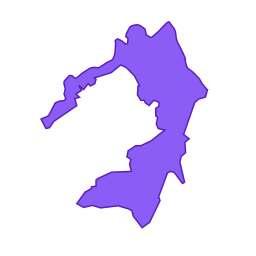 Debar, Debar, North Macedonia (orthographic projection), rotated 81°
{"feature_id": "65306769B94389460478239", "entity_name": "Debar", "entity_type": "district", "adm_level": 2, "iso_a3": "MKD", "parent_name": "North Macedonia", "parent_adm1": "Debar", "projection": "orthographic", "projection_center": [20.543, 41.495], "detail": "fine", "context": "isolated", "style": "filled", "palette": "violet", "viewbox_px": 256, "rotation_deg": 81, "n_neighbors": 0, "source": "geoboundaries", "source_scale": "gbopen_adm2", "svg_char_len": 2191}
<svg xmlns="http://www.w3.org/2000/svg" viewBox="0 0 256 256"><g transform="rotate(81 128 128)"><path d="M228.7,129.6L224.5,121.4L204.6,107.7L200.7,108.5L178.4,96.0L177.5,92.4L179.4,89.1L191.3,82.9L190.4,80.6L169.7,82.1L164.3,79.8L161.3,75.0L151.1,74.1L148.2,69.3L143.1,74.1L113.4,58.2L110.4,53.6L109.6,46.7L102.6,43.5L102.5,44.0L96.7,47.3L95.9,47.8L90.6,49.8L87.4,52.0L84.7,53.9L81.7,56.2L80.5,57.7L77.6,60.1L72.3,60.9L67.9,60.6L62.8,61.9L56.3,63.9L50.5,65.9L46.9,66.3L41.5,66.1L40.3,66.1L39.4,66.3L37.5,66.7L34.2,68.4L29.5,70.9L29.7,72.0L30.0,72.7L30.9,74.2L34.9,79.6L37.0,82.2L39.2,85.6L42.0,90.1L42.1,91.2L41.9,91.8L38.9,95.4L37.8,95.3L32.6,95.9L28.6,100.2L27.9,101.5L27.6,102.5L27.3,103.9L27.4,105.5L27.5,107.1L27.7,108.4L28.5,110.1L29.8,111.3L34.4,114.7L37.1,115.9L38.2,115.3L38.7,114.6L40.0,114.1L40.7,114.2L44.1,115.3L44.7,115.6L45.1,116.6L44.8,117.1L42.5,119.1L40.3,121.4L38.6,123.9L38.4,124.8L39.4,126.6L40.4,127.2L41.8,126.9L48.0,128.2L52.7,129.4L54.1,130.1L56.4,131.4L57.4,132.0L57.8,132.6L58.1,133.0L58.6,133.9L58.9,135.0L60.1,138.7L62.5,144.0L63.8,147.3L63.7,148.5L63.5,149.4L63.3,150.0L63.1,150.6L62.9,151.6L62.8,154.7L63.2,156.6L65.7,162.5L67.1,165.4L69.4,169.1L70.2,170.6L70.6,172.2L69.9,173.3L68.0,174.7L67.4,175.6L67.0,177.7L70.1,181.7L71.9,183.8L73.8,184.2L74.6,184.3L79.5,183.8L81.9,184.8L84.4,185.8L88.9,184.9L89.8,185.3L90.9,187.1L91.0,187.8L90.7,191.1L91.8,195.9L103.4,204.5L103.7,205.3L104.5,207.8L104.7,208.8L105.6,212.5L115.6,209.1L115.4,205.5L109.7,200.0L97.9,175.1L90.6,175.9L90.1,171.1L86.3,174.0L83.4,167.8L78.2,170.1L83.0,165.7L78.1,160.5L80.6,158.6L79.1,153.9L75.0,152.0L73.2,153.4L70.7,135.8L64.5,125.4L68.3,120.0L77.6,113.4L88.0,110.0L88.0,111.5L96.8,113.5L102.6,111.0L103.3,107.5L105.8,107.0L109.1,103.6L104.6,98.1L107.4,93.3L111.4,94.1L113.0,97.6L120.5,98.7L121.8,97.0L128.4,99.4L133.4,98.2L135.7,92.0L144.1,106.7L147.5,118.0L146.7,123.1L150.5,131.4L156.3,133.6L159.4,130.0L164.2,132.2L171.4,131.3L169.1,151.1L172.9,164.8L174.4,167.7L180.5,168.7L180.3,173.1L182.3,174.0L184.6,180.4L194.7,190.4L199.5,184.2L198.9,175.2L202.6,167.6L203.3,149.9L207.9,140.2L210.2,137.1L215.9,136.6L228.7,129.6Z" fill="#8b5cf6" stroke="#5b21b6" stroke-width="1.5"/></g></svg>